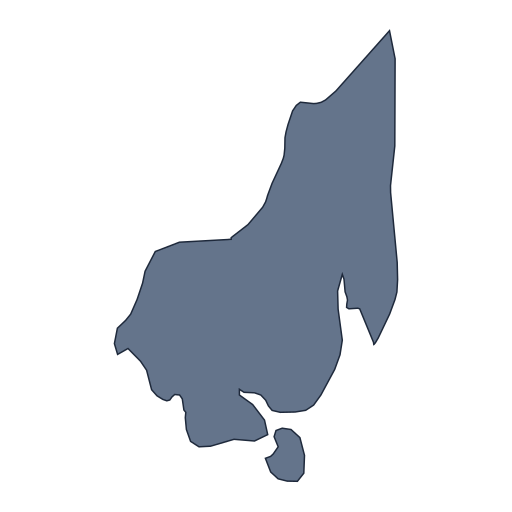 an SVG outline of Krong Preah Sihanouk
{"feature_id": "KHM-1800", "entity_name": "Krong Preah Sihanouk", "entity_type": "Municipality", "adm_level": 1, "iso_a3": "KHM", "parent_name": "Cambodia", "parent_adm1": "", "projection": "equal_earth", "projection_center": [103.754, 10.721], "detail": "fine", "context": "isolated", "style": "filled", "palette": "slate", "viewbox_px": 512, "rotation_deg": 0, "n_neighbors": 0, "source": "natural_earth", "source_scale": "10m", "svg_char_len": 1558}
<svg xmlns="http://www.w3.org/2000/svg" viewBox="0 0 512 512"><path d="M373.8,344.5L373.5,342.3L359.7,308.8L357.8,308.2L348.9,308.8L346.6,307.4L346.8,304.1L347.5,300.1L346.9,296.8L345.1,291.8L344.0,279.2L342.3,274.3L337.6,291.0L338.1,309.1L342.3,340.2L340.0,354.8L334.7,369.4L320.9,395.0L313.6,405.1L305.7,410.3L295.1,412.0L280.2,412.3L272.1,410.4L268.4,405.9L265.7,400.2L260.8,395.0L254.5,392.8L244.0,392.3L239.4,389.3L239.4,395.0L252.7,404.6L264.5,420.1L267.7,434.6L254.5,441.0L234.0,439.3L210.5,446.2L199.0,446.8L190.6,441.4L186.4,429.5L185.3,417.7L185.8,412.3L183.9,410.0L182.3,398.9L179.6,395.0L174.7,394.5L171.9,397.0L169.8,400.0L166.8,400.8L162.8,399.4L157.0,395.8L151.6,389.7L146.6,370.2L140.5,361.2L128.0,348.5L117.6,354.4L114.4,343.6L117.4,328.2L125.7,320.3L130.7,314.1L137.1,299.5L142.6,283.1L145.1,271.2L155.3,251.5L179.4,242.2L228.3,239.5L228.8,239.4L231.2,239.3L231.2,237.6L248.0,224.6L262.7,207.2L265.6,201.9L266.7,198.6L267.6,195.4L272.1,183.3L281.4,163.3L283.3,158.3L284.1,155.1L284.8,148.3L285.0,137.7L286.1,131.7L288.0,124.6L292.6,110.9L296.3,105.4L300.4,102.2L313.6,103.6L316.6,103.4L321.2,102.3L325.5,100.0L335.8,91.1L389.5,30.7L395.1,58.8L394.8,146.0L390.5,185.6L390.6,192.6L397.2,262.5L397.6,279.7L396.9,292.0L395.0,299.5L389.7,313.9L378.2,338.0L375.4,342.7L374.0,344.4L373.8,344.5ZM291.0,429.5L299.9,437.6L304.5,455.4L303.8,473.2L297.4,481.3L287.2,481.1L278.1,478.8L270.7,472.0L265.4,458.3L270.6,456.4L273.2,454.0L278.2,446.8L274.1,436.7L276.0,430.5L282.2,428.2L291.0,429.5Z" fill="#64748b" stroke="#1e293b" stroke-width="1.5"/></svg>